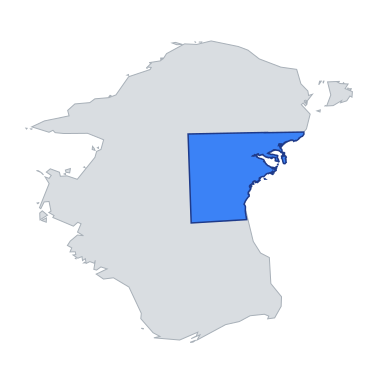 location of South Australia within Australia, rotated 268°
{"feature_id": "AUS-2655", "entity_name": "South Australia", "entity_type": "State", "adm_level": 1, "iso_a3": "AUS", "parent_name": "Australia", "parent_adm1": "", "projection": "equal_earth", "projection_center": [136.572, -32.035], "detail": "fine", "context": "in_parent", "style": "filled", "palette": "blue", "viewbox_px": 384, "rotation_deg": 268, "n_neighbors": 0, "source": "natural_earth", "source_scale": "10m", "svg_char_len": 9560}
<svg xmlns="http://www.w3.org/2000/svg" viewBox="0 0 384 384"><g transform="rotate(268 192 192)"><path d="M268.2,47.0L272.4,71.8L277.9,70.6L284.1,78.0L284.9,93.0L288.5,98.2L289.2,112.2L291.7,119.4L309.4,132.7L315.9,154.5L317.9,155.6L318.4,151.7L322.1,155.7L322.8,153.7L324.1,164.7L326.3,168.0L331.2,171.4L340.3,189.7L339.3,201.9L342.3,216.4L335.8,243.3L331.8,252.9L322.7,263.8L313.7,285.1L310.9,300.9L296.3,304.6L288.9,311.3L284.4,311.9L285.5,315.8L278.8,310.2L279.8,308.9L279.4,307.5L278.1,307.4L275.7,309.9L274.1,308.4L277.0,306.1L275.5,304.3L265.7,312.8L251.1,308.6L239.8,298.3L239.5,290.1L234.2,282.7L236.5,283.0L236.5,280.8L228.7,283.0L231.0,277.5L228.1,269.4L225.2,278.6L219.5,279.5L220.4,276.5L223.1,276.4L227.0,263.8L226.0,254.2L222.0,264.3L216.2,268.1L212.4,274.1L213.0,277.1L210.7,276.7L206.9,273.3L209.2,273.3L207.6,267.4L203.9,260.7L200.9,259.9L200.4,254.0L177.9,243.8L140.4,251.5L128.6,258.4L123.8,267.0L97.7,267.6L84.2,277.8L74.6,277.1L63.3,270.2L62.6,263.2L65.3,264.4L67.3,260.1L66.3,245.8L60.9,234.8L58.3,221.0L43.9,191.9L49.0,195.0L45.5,186.1L47.9,191.3L51.7,192.9L44.5,174.5L47.6,148.8L48.8,154.9L52.7,148.2L67.2,136.4L72.5,137.1L99.2,125.7L109.0,110.5L108.1,100.5L113.3,93.4L118.1,104.5L120.3,98.3L117.3,93.9L118.1,91.2L127.1,93.0L124.2,91.9L126.0,87.5L124.3,83.7L129.1,83.1L127.3,80.2L131.3,79.8L129.8,75.6L133.2,70.9L133.5,73.7L136.3,73.3L136.4,68.0L140.4,69.9L142.9,65.6L147.2,68.6L153.0,76.0L152.1,82.0L155.9,76.2L164.1,80.0L165.7,76.8L162.0,72.3L171.4,52.0L173.3,53.3L176.5,48.2L177.7,50.4L187.5,48.8L187.2,43.9L180.6,40.3L181.6,39.0L205.4,49.5L212.2,45.7L210.6,49.7L213.5,51.9L217.0,47.1L220.1,51.2L216.4,60.2L212.3,61.0L212.5,67.6L208.7,77.8L230.0,96.2L235.9,98.1L237.7,102.5L247.3,105.5L254.3,89.6L254.9,66.1L256.1,57.3L258.5,55.2L256.7,51.2L262.7,34.1L268.2,47.0ZM273.3,329.6L284.1,334.1L297.3,331.3L297.4,343.5L296.7,341.3L295.2,343.9L294.5,351.8L290.0,348.6L286.7,355.8L281.2,355.2L282.4,353.2L277.7,349.8L276.0,343.6L278.1,344.7L273.4,336.1L273.3,329.6ZM169.5,39.1L176.3,39.1L178.4,41.7L173.9,46.8L169.5,39.1ZM217.0,285.6L228.2,285.3L223.4,287.4L217.0,285.6ZM218.3,66.2L219.7,71.3L215.4,70.4L216.1,66.8L218.3,66.2ZM339.8,187.6L339.7,182.0L341.6,177.4L342.1,180.7L339.8,187.6ZM294.7,322.4L298.3,323.4L298.3,325.1L294.7,322.4ZM168.8,40.6L171.2,45.6L166.9,45.3L168.8,40.6ZM269.6,323.1L267.5,322.7L268.7,319.7L269.6,323.1ZM241.1,94.2L239.1,95.7L237.0,96.5L238.0,93.7L241.1,94.2ZM43.8,190.6L42.0,187.9L41.7,185.4L42.0,185.3L43.8,190.6ZM297.4,326.8L298.7,327.9L296.1,327.0L297.4,326.8ZM325.5,165.4L327.0,165.4L326.9,167.9L325.5,165.4ZM289.7,112.0L291.5,113.5L291.2,114.3L289.7,112.0ZM289.7,352.9L289.7,354.8L288.4,354.2L289.7,352.9ZM341.6,204.0L341.6,207.0L341.4,206.9L341.6,204.0ZM186.8,38.9L185.7,37.5L186.4,36.8L186.8,38.9ZM218.6,39.2L216.9,41.7L218.9,37.3L218.6,39.2ZM342.0,200.3L341.2,201.3L341.8,200.3L342.0,200.3ZM221.0,85.4L220.1,85.9L220.6,84.7L221.0,85.4ZM215.0,66.1L213.8,66.3L214.5,64.8L215.0,66.1ZM57.6,136.5L57.3,138.6L56.8,138.4L57.6,136.5ZM260.7,32.9L260.7,34.7L260.2,33.4L260.7,32.9ZM278.1,308.2L278.4,309.1L278.0,308.8L278.1,308.2ZM216.5,42.4L214.2,44.2L216.5,42.0L216.5,42.4ZM129.9,73.1L129.1,74.4L129.6,73.0L129.9,73.1ZM290.5,351.5L289.8,351.8L290.2,351.1L290.5,351.5ZM240.1,100.1L238.9,100.1L239.5,99.0L240.1,100.1ZM125.6,82.2L125.0,82.9L124.9,81.3L125.6,82.2ZM296.0,347.3L295.0,347.9L295.4,346.8L296.0,347.3ZM261.6,28.2L261.4,29.4L260.7,28.8L261.6,28.2ZM277.5,309.5L278.5,310.4L276.9,310.1L277.5,309.5ZM311.6,132.6L310.8,132.7L311.1,131.3L311.6,132.6ZM317.7,151.5L317.2,151.5L317.6,150.5L317.7,151.5ZM273.8,328.1L273.5,328.9L273.3,327.9L273.8,328.1Z" fill="#d9dde1" stroke="#a8b0b8" stroke-width="1"/><path d="M200.1,253.5L199.7,253.0L199.3,253.2L199.1,253.1L198.7,253.6L198.3,253.5L198.0,253.9L197.7,253.9L197.8,252.8L198.0,252.5L198.3,252.4L197.4,251.1L197.1,251.2L197.0,250.8L196.5,250.5L196.5,250.3L196.2,250.1L196.4,249.9L196.1,249.7L195.7,249.7L195.5,250.3L195.0,250.1L194.9,249.8L194.5,250.0L194.9,250.4L195.0,250.6L194.6,250.5L194.4,250.7L193.7,250.5L193.4,250.8L192.9,250.5L192.5,250.6L191.7,249.6L191.3,249.7L191.2,249.4L189.8,248.2L187.9,248.1L187.7,248.3L187.5,248.5L187.7,248.9L187.6,249.0L187.1,248.8L186.6,249.0L185.9,249.0L185.4,248.6L184.8,247.8L182.6,246.1L180.8,244.9L178.2,243.7L177.9,243.6L176.9,244.4L175.4,244.9L170.8,244.6L170.3,244.8L169.3,244.7L167.9,245.0L166.3,245.1L165.7,245.3L163.9,245.4L163.5,245.6L162.5,245.7L161.1,190.1L250.1,190.1L248.9,268.0L248.7,267.7L248.0,305.8L246.0,305.9L245.4,305.6L244.4,304.7L244.0,304.5L243.8,304.2L243.6,303.5L243.0,302.2L242.1,301.3L242.2,301.1L242.1,300.8L241.5,300.5L241.4,300.6L241.2,300.5L239.9,298.5L239.5,297.7L239.8,297.4L239.9,297.2L239.5,296.5L239.5,296.0L239.1,295.5L240.1,294.9L240.3,294.5L240.4,293.8L240.4,292.5L239.5,290.1L238.4,287.4L238.1,287.0L237.7,286.3L235.9,284.3L233.9,282.7L234.2,282.6L234.5,282.8L237.6,286.0L238.4,287.1L239.1,288.8L239.1,288.4L238.6,286.9L237.8,285.7L237.4,285.5L235.8,283.8L234.8,282.9L234.8,282.7L235.0,282.7L235.1,282.3L235.4,281.9L235.6,282.0L236.1,282.4L236.1,283.0L236.3,283.2L236.0,283.6L236.6,283.8L236.8,283.7L237.0,282.8L236.0,282.0L236.5,281.8L237.0,281.9L237.1,281.6L237.0,281.3L237.1,280.8L237.0,280.7L236.7,281.0L236.6,280.6L236.4,280.4L235.8,280.2L235.9,280.4L235.8,280.5L235.2,280.9L234.7,280.9L234.2,281.2L234.2,281.6L234.7,281.9L234.7,282.1L233.9,282.0L233.6,281.7L233.0,281.8L233.2,282.0L233.8,282.1L234.1,282.3L234.3,282.2L234.5,282.3L234.4,282.4L233.5,282.5L233.1,282.3L232.7,282.3L231.9,282.6L231.7,283.0L231.1,283.3L230.5,283.4L229.4,283.3L228.8,283.6L228.5,283.5L228.1,283.1L228.4,282.3L229.2,281.9L229.9,280.9L230.5,280.5L230.6,279.7L230.7,279.4L230.7,279.0L230.7,278.3L231.1,277.6L230.9,276.1L230.9,275.3L231.0,275.1L231.3,275.4L231.3,275.2L231.2,274.8L230.6,274.3L230.5,273.8L230.1,273.4L229.8,272.7L229.5,272.6L229.1,270.8L228.9,270.5L228.6,270.3L228.6,269.8L228.0,269.0L227.5,270.1L227.7,270.7L226.9,271.7L226.7,272.8L226.6,273.4L226.8,273.7L226.6,274.3L226.5,275.1L226.1,275.9L225.8,277.0L225.8,277.6L225.6,277.8L225.6,278.5L225.1,279.0L224.3,278.5L223.3,278.4L222.6,278.9L222.0,278.9L221.5,279.5L220.6,279.4L219.7,280.1L219.4,280.0L219.1,279.7L219.3,279.2L219.8,278.7L220.0,278.2L219.9,277.5L220.1,277.2L220.1,276.9L220.4,276.3L221.3,276.6L222.2,276.4L223.1,276.8L223.5,276.5L223.6,275.4L224.0,273.6L223.7,272.8L223.7,272.2L223.3,272.3L223.8,271.2L223.8,270.1L223.5,269.3L223.7,269.1L223.9,269.2L224.2,268.6L224.2,268.3L224.1,267.9L224.8,267.0L224.6,266.6L225.4,265.8L225.9,264.9L226.0,264.9L226.6,264.0L226.8,263.9L226.8,264.3L227.0,264.2L227.0,263.3L226.5,262.1L226.6,261.7L226.2,261.1L226.1,260.8L226.5,260.1L227.2,259.6L227.8,259.6L227.8,259.1L227.6,258.5L227.2,258.3L226.8,256.2L227.1,255.9L226.7,255.5L226.4,255.4L226.4,254.9L226.1,254.4L226.2,254.1L225.9,253.7L225.8,254.2L225.8,255.3L226.1,255.7L226.1,256.8L225.9,257.4L225.7,257.5L225.9,258.1L225.6,258.2L225.2,257.8L224.9,257.9L224.6,258.2L224.6,258.6L224.0,259.3L223.6,259.6L223.4,260.4L223.1,261.1L223.0,262.2L222.5,263.0L221.9,264.5L221.4,265.0L220.5,265.2L219.9,264.8L219.5,265.5L220.1,265.5L219.4,265.9L218.9,266.0L218.2,266.5L217.5,266.9L217.3,267.1L217.3,267.3L215.8,268.5L215.7,269.0L214.8,270.7L214.1,271.2L214.0,271.4L214.1,271.6L214.0,271.8L214.0,272.4L213.9,272.9L213.7,272.4L212.7,272.9L212.6,273.4L212.8,273.8L212.7,274.0L212.4,273.8L212.2,274.1L212.2,274.5L212.4,274.9L212.3,275.1L212.0,275.1L211.7,275.4L211.9,275.6L212.2,275.6L212.8,275.1L213.1,275.2L213.1,274.8L213.3,274.8L213.3,275.5L213.0,276.1L213.3,277.1L212.9,277.3L212.8,277.2L212.7,276.8L212.2,276.6L211.9,276.1L211.6,275.9L211.3,275.9L211.1,276.2L210.9,276.5L211.0,276.8L210.6,276.8L210.4,276.1L209.3,274.7L208.6,274.3L208.3,274.3L208.5,273.8L208.1,273.4L207.7,273.2L206.9,273.5L206.8,273.4L207.1,272.6L207.5,271.9L207.6,272.5L208.4,272.8L208.2,272.9L208.2,273.1L208.5,273.3L208.5,273.5L208.9,273.9L209.6,273.6L209.2,273.5L209.2,273.0L208.9,273.3L208.8,273.2L208.7,272.7L208.8,272.6L208.9,272.3L208.6,271.7L208.5,270.4L208.2,269.5L207.9,269.5L207.7,269.1L208.0,268.9L207.9,268.0L207.4,266.8L207.0,266.6L206.0,265.4L204.8,264.3L204.9,264.2L205.0,263.5L205.0,262.8L204.6,261.6L203.6,260.5L204.0,260.4L203.8,259.9L203.0,259.7L202.9,260.0L203.3,260.0L203.5,260.4L203.3,260.6L203.0,260.2L202.2,259.8L201.5,260.0L201.4,259.7L201.2,260.2L200.8,259.8L200.4,258.7L200.0,258.7L199.8,258.5L200.3,258.3L200.1,257.8L199.9,257.7L199.8,257.8L199.2,257.6L199.2,257.4L199.6,256.9L199.7,256.7L199.2,255.7L199.3,255.5L200.3,255.7L200.1,256.1L200.2,256.3L200.3,256.4L200.9,255.2L200.7,254.3L200.1,253.5ZM228.3,284.9L228.2,285.4L228.0,285.5L227.7,285.9L227.4,285.8L226.9,285.5L226.1,285.4L224.7,285.8L224.6,286.1L224.7,286.6L224.5,286.9L223.5,287.4L222.9,286.8L221.9,286.5L221.6,286.6L221.5,287.0L221.3,287.0L220.4,286.9L219.7,287.1L219.3,286.9L218.3,287.2L217.8,286.4L217.4,286.2L217.0,285.8L217.3,284.8L217.3,284.5L217.4,284.4L218.1,284.3L218.9,283.9L220.8,283.6L222.3,283.1L222.7,282.7L223.4,283.0L223.6,282.9L224.7,282.7L224.8,282.9L224.5,283.1L224.4,283.3L224.9,283.5L224.4,284.1L224.5,284.3L225.1,284.4L225.8,284.2L225.9,284.8L226.0,284.9L226.4,284.7L226.7,284.1L226.9,284.1L227.8,284.4L227.9,284.9L228.3,284.9ZM214.1,276.8L214.6,277.6L214.6,278.0L214.3,277.9L214.2,277.3L213.8,276.8L214.1,276.8ZM195.6,251.8L195.4,251.7L195.7,251.2L196.4,251.0L196.0,251.2L196.1,251.4L195.9,251.6L195.6,251.8ZM202.7,264.9L202.8,265.3L202.5,265.4L202.3,265.7L202.3,265.1L202.7,264.9ZM222.9,272.3L223.0,272.5L222.8,272.9L222.7,272.7L222.9,272.3ZM216.4,278.7L216.6,278.6L216.7,278.9L216.4,278.9L216.4,278.7Z" fill="#3b82f6" stroke="#1e3a8a" stroke-width="1.5"/></g></svg>